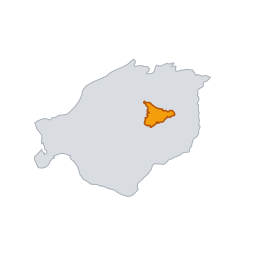 Romania, with Alba highlighted, rotated 146°
{"feature_id": "ROU-294", "entity_name": "Alba", "entity_type": "County", "adm_level": 1, "iso_a3": "ROU", "parent_name": "Romania", "parent_adm1": "", "projection": "robinson", "projection_center": [23.52, 46.007], "detail": "fine", "context": "in_parent", "style": "filled", "palette": "amber", "viewbox_px": 256, "rotation_deg": 146, "n_neighbors": 0, "source": "natural_earth", "source_scale": "10m", "svg_char_len": 5744}
<svg xmlns="http://www.w3.org/2000/svg" viewBox="0 0 256 256"><g transform="rotate(146 128 128)"><path d="M193.9,140.8L196.2,143.4L198.9,144.8L205.3,146.3L205.9,146.1L205.9,145.8L205.5,145.5L205.4,145.0L205.7,144.4L206.5,144.3L208.0,144.9L210.7,144.1L214.6,142.0L218.3,141.6L221.7,142.8L223.5,144.3L224.6,145.6L224.3,147.3L224.1,148.4L223.4,152.7L222.8,154.4L221.9,156.2L211.5,158.4L212.1,157.3L211.9,155.5L211.4,154.1L212.3,152.8L210.0,152.4L209.0,153.1L208.2,154.3L209.0,157.1L207.9,158.6L207.4,159.5L207.4,161.5L206.8,162.4L206.7,163.3L208.3,163.1L207.6,164.8L204.6,168.2L203.5,170.2L204.0,178.2L202.7,183.0L202.6,184.4L199.3,184.4L198.3,184.3L195.1,183.6L191.5,182.3L189.4,179.9L188.0,178.1L185.0,178.9L184.4,178.7L183.6,177.8L181.3,177.3L178.5,177.3L172.2,174.0L171.5,173.5L166.6,174.0L159.2,175.6L153.6,177.6L147.8,181.1L145.5,183.8L142.8,185.2L138.9,186.2L131.9,185.8L124.7,184.5L116.9,183.0L112.7,183.8L107.0,183.2L98.4,181.5L92.0,181.0L85.7,182.0L84.6,181.3L84.4,180.4L84.7,179.1L85.5,178.1L87.1,177.4L87.9,176.6L88.0,175.8L86.3,174.5L82.8,172.8L81.3,171.7L81.0,171.4L80.9,170.5L80.1,169.7L78.8,169.1L77.7,168.1L77.0,166.6L77.2,165.3L78.2,164.0L79.6,163.4L81.3,163.6L82.0,163.2L81.7,162.3L80.1,161.1L77.1,159.7L74.1,160.5L71.0,163.4L68.8,163.9L67.4,161.9L65.0,160.7L61.6,160.4L59.4,159.6L58.6,158.5L57.1,157.6L53.8,156.6L53.8,155.7L54.3,155.5L55.5,155.4L57.1,155.3L57.3,154.7L57.4,154.3L56.1,153.7L54.8,153.3L54.2,152.9L53.8,152.4L53.7,152.0L54.1,151.7L54.6,151.6L55.1,151.4L55.4,150.3L56.1,149.4L56.6,149.1L56.5,148.5L56.0,147.9L55.3,147.3L54.3,147.0L51.2,146.1L49.6,144.8L48.6,144.8L47.0,144.1L45.4,143.0L44.0,141.4L42.4,140.4L42.0,140.0L42.0,139.6L42.3,139.1L42.3,138.7L41.9,137.1L42.2,135.5L42.1,134.0L42.1,133.3L41.8,133.1L41.5,133.3L41.1,133.6L40.8,133.6L39.6,132.5L38.2,130.2L37.2,129.5L35.3,128.4L33.7,127.6L32.6,125.7L31.4,124.2L32.2,123.6L36.8,122.7L39.0,123.6L39.9,123.3L40.9,122.6L41.4,122.0L41.5,121.5L42.0,120.7L43.6,120.4L47.7,120.8L49.3,119.8L50.0,119.3L50.4,118.0L50.8,117.1L52.3,116.5L52.3,115.6L52.1,114.7L52.9,112.5L53.5,111.6L54.3,111.3L55.3,110.6L57.1,109.2L56.7,107.9L57.1,107.0L58.9,104.8L60.3,102.6L60.3,101.5L60.5,100.6L61.7,99.6L63.0,98.2L64.8,94.0L65.4,93.3L66.5,92.5L67.3,91.7L67.4,88.9L68.2,88.1L69.7,87.3L71.2,85.8L72.4,84.1L73.3,83.3L74.6,83.1L75.9,82.4L77.4,82.2L78.8,82.5L79.7,82.3L81.1,81.5L84.6,78.4L85.1,77.8L85.9,77.3L88.7,76.3L89.5,75.2L90.4,74.2L91.7,74.3L95.8,76.7L100.3,76.5L101.1,76.6L101.3,76.7L101.9,76.9L107.8,78.1L108.7,77.9L108.9,77.8L111.3,78.8L113.4,78.7L115.4,78.0L117.5,77.8L119.4,78.2L120.8,79.6L124.6,82.5L125.7,83.6L127.5,83.4L129.4,82.9L131.3,80.9L137.2,78.7L141.7,78.1L146.1,77.3L151.2,76.6L152.7,74.8L153.5,73.6L154.0,71.3L156.7,70.6L159.3,70.2L160.3,69.9L162.2,69.8L163.6,70.0L165.9,71.1L167.6,72.5L168.2,73.7L169.6,75.2L171.1,77.5L172.7,80.4L173.1,81.9L173.8,83.6L175.0,85.5L177.3,87.7L177.6,88.1L178.7,89.7L180.7,93.1L182.4,94.5L183.9,95.9L184.6,97.4L185.7,98.8L188.2,100.6L190.2,102.2L191.9,106.9L193.0,109.1L193.8,110.8L193.5,114.1L194.0,115.6L193.1,118.2L191.6,123.4L191.3,127.6L191.7,129.9L191.7,131.4L192.2,132.3L192.6,134.2L192.8,135.9L192.2,136.3L191.4,136.7L191.0,137.1L191.8,137.8L192.9,139.2L193.9,140.8Z" fill="#d9dde1" stroke="#a8b0b8" stroke-width="1"/><path d="M83.7,119.1L82.5,118.5L81.6,117.6L81.2,116.3L81.2,114.8L81.3,114.2L81.5,113.5L81.8,113.0L82.0,112.8L82.3,112.7L82.5,112.6L82.8,112.6L83.0,112.7L83.5,112.9L84.1,113.4L87.0,113.4L87.5,113.5L87.8,113.7L87.9,114.0L88.0,114.2L88.2,114.3L88.5,114.5L88.7,114.8L88.8,115.1L89.0,115.4L89.1,115.5L89.3,115.4L89.5,115.1L90.5,114.5L91.0,114.5L92.0,114.7L92.3,114.8L92.6,114.7L92.8,114.6L93.0,114.5L93.7,114.0L95.7,113.6L96.1,113.7L96.4,113.8L97.5,114.6L98.5,114.9L98.9,115.0L99.3,115.0L100.0,114.9L100.2,115.0L100.3,115.2L100.3,115.4L100.2,115.6L100.0,115.8L99.9,116.0L100.1,116.5L100.5,116.7L100.8,116.8L101.1,116.8L101.3,116.8L101.3,116.6L101.3,116.4L101.2,116.3L101.2,116.1L101.3,116.0L101.6,115.9L102.5,115.9L103.1,115.7L103.3,115.7L104.3,115.7L104.6,115.7L105.3,115.5L105.7,115.6L107.0,115.9L107.6,115.8L107.7,115.6L108.4,115.6L108.7,115.8L108.9,116.0L109.0,116.2L109.0,116.3L108.9,116.6L108.8,116.8L108.5,117.0L108.4,117.1L108.3,117.4L108.4,117.6L109.0,118.2L109.2,118.3L110.3,118.8L110.7,119.0L111.0,119.4L111.1,120.2L111.3,120.5L111.7,120.8L111.9,122.5L111.7,122.9L111.5,123.1L111.1,123.3L110.8,123.6L110.4,124.0L108.7,125.5L108.4,125.9L108.3,126.2L108.2,126.7L108.1,126.8L107.8,126.9L107.6,126.7L107.3,126.4L107.1,126.3L106.9,126.2L106.7,126.2L105.3,126.5L105.0,126.6L104.9,126.9L104.8,127.3L104.9,127.5L105.1,127.8L105.2,128.0L105.1,128.3L104.8,128.6L104.5,128.8L104.2,129.0L103.8,129.0L103.6,129.0L103.2,129.1L102.8,129.0L102.6,128.9L102.4,128.8L102.2,128.7L102.0,128.8L101.9,128.8L101.8,129.0L101.9,129.8L102.0,130.0L102.7,130.2L102.9,130.3L103.1,130.4L103.0,130.6L102.3,131.5L102.1,132.0L101.9,132.2L101.6,132.3L101.3,132.2L101.1,132.2L101.0,132.3L100.9,132.4L100.7,132.5L100.4,133.0L100.0,134.2L99.9,134.7L100.0,135.3L100.2,135.7L100.3,136.1L100.4,136.6L100.2,137.4L100.1,137.8L100.0,138.2L100.2,138.7L100.7,139.5L100.8,139.8L100.8,140.1L100.3,140.8L99.4,140.9L99.4,140.1L99.4,139.9L99.3,139.6L99.2,139.5L98.2,138.6L97.7,138.2L97.4,138.0L96.6,137.6L96.1,137.3L95.9,137.0L95.6,136.5L95.6,136.3L95.5,136.1L95.6,135.9L95.7,135.7L95.7,135.3L95.2,134.8L95.1,134.7L95.1,134.4L95.1,134.0L95.1,133.6L94.9,133.0L94.4,132.0L93.9,130.1L93.7,129.8L93.2,129.2L92.9,128.7L92.1,127.0L91.9,126.8L91.5,126.7L91.0,126.5L89.0,124.3L88.9,124.1L88.8,123.9L88.9,123.7L89.1,123.7L89.4,123.8L89.5,123.7L89.4,123.4L89.1,122.7L88.9,122.3L88.6,122.0L88.4,121.8L88.1,121.8L87.2,121.6L86.8,121.4L86.5,120.3L86.2,119.6L86.0,119.2L85.8,119.0L85.6,118.9L83.7,119.1Z" fill="#f59e0b" stroke="#b45309" stroke-width="1.5"/></g></svg>